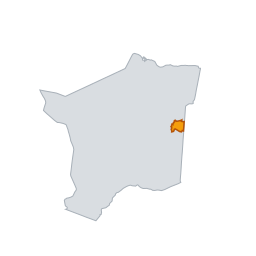 Kajiado Central, Rift Valley, Kenya (highlighted), rotated 245°
{"feature_id": "3690345B79073906522262", "entity_name": "Kajiado Central", "entity_type": "district", "adm_level": 2, "iso_a3": "KEN", "parent_name": "Kenya", "parent_adm1": "Rift Valley", "projection": "albers", "projection_center": [36.936, -2.176], "detail": "fine", "context": "in_parent", "style": "filled", "palette": "amber", "viewbox_px": 256, "rotation_deg": 245, "n_neighbors": 0, "source": "geoboundaries", "source_scale": "gbopen_adm2", "svg_char_len": 4463}
<svg xmlns="http://www.w3.org/2000/svg" viewBox="0 0 256 256"><g transform="rotate(245 128 128)"><path d="M56.4,152.9L56.3,149.8L56.8,142.1L56.7,135.3L57.1,131.9L58.7,129.7L59.5,128.1L60.1,125.9L61.0,124.1L63.0,122.7L63.3,121.9L65.4,119.4L66.7,116.3L67.6,115.3L68.8,114.3L69.7,113.8L71.1,113.2L72.2,112.9L72.4,112.7L72.5,112.2L72.1,110.3L72.6,109.6L73.3,108.3L74.1,107.1L74.9,106.4L75.3,105.6L75.5,104.2L75.6,103.2L75.6,101.7L75.3,98.1L74.4,95.1L73.8,91.8L74.2,90.7L73.5,88.7L73.2,88.6L72.6,88.2L71.9,86.3L71.3,84.6L71.0,84.2L68.5,82.7L67.3,79.3L66.0,78.5L65.3,75.1L65.1,74.1L65.9,70.6L65.8,69.8L65.0,69.1L62.7,68.4L60.9,67.0L61.1,66.5L61.3,66.0L60.3,65.6L57.5,59.7L61.1,56.2L64.7,52.6L69.4,48.1L73.7,43.9L77.4,40.3L80.7,37.1L80.6,37.7L80.6,38.5L81.0,39.0L81.7,39.4L82.7,39.0L83.5,38.5L84.3,38.4L89.3,39.7L90.1,40.9L90.0,42.2L90.3,43.1L89.9,44.0L89.5,46.7L89.6,49.2L91.1,51.1L92.4,52.6L93.5,54.6L94.3,55.3L95.3,55.6L98.8,55.7L103.8,55.8L108.7,55.9L109.1,56.0L110.2,56.3L114.6,59.1L118.7,61.6L122.2,63.8L125.6,66.0L128.8,68.1L131.4,69.8L133.9,70.4L137.9,70.6L140.7,70.7L143.3,71.4L147.2,72.1L150.1,72.5L151.8,72.9L156.7,73.3L157.5,73.1L159.6,71.1L162.0,68.0L162.9,66.3L166.0,64.6L171.5,62.2L175.3,60.5L179.6,58.8L181.5,60.3L184.1,62.7L185.3,63.9L186.3,64.4L187.7,64.7L189.5,64.7L190.5,64.7L192.4,64.4L197.0,64.1L199.7,64.2L197.4,67.3L194.8,71.0L189.9,77.9L186.1,81.6L183.3,84.3L183.1,84.8L183.1,87.9L183.1,95.4L183.1,110.4L183.1,125.4L183.1,140.5L183.1,148.0L183.1,150.6L185.5,153.8L187.9,156.9L191.1,161.0L192.7,163.2L193.0,163.9L192.9,165.4L190.3,168.4L188.2,169.8L185.3,170.5L184.4,170.3L183.3,169.9L182.9,170.6L182.5,171.8L181.9,171.5L181.4,171.2L181.7,173.2L182.0,174.2L181.5,175.6L180.1,176.8L180.0,177.8L177.0,180.4L172.7,180.7L170.4,182.0L169.4,183.1L168.7,185.4L168.9,189.0L167.7,191.7L167.5,193.1L165.3,194.9L164.3,196.5L163.6,198.2L162.9,198.9L162.2,202.7L161.1,205.0L160.9,205.7L160.6,206.4L159.8,207.7L159.3,208.6L158.9,209.2L156.3,215.1L154.3,217.7L152.7,217.4L151.6,218.4L151.5,218.9L150.9,218.6L149.6,217.6L146.9,215.7L144.1,213.7L141.4,211.7L138.6,209.7L135.9,207.7L133.2,205.7L130.4,203.8L127.7,201.8L126.1,200.6L125.4,199.9L124.8,198.6L124.5,198.2L123.8,197.8L123.0,197.7L122.7,197.4L122.7,196.8L123.0,195.8L124.0,194.0L124.1,193.0L123.9,191.7L123.6,189.8L123.3,189.4L121.5,188.3L117.7,186.2L113.9,184.1L110.1,182.0L106.3,179.8L102.5,177.7L98.7,175.6L94.9,173.4L91.0,171.3L87.2,169.2L83.4,167.1L79.6,164.9L75.8,162.8L72.0,160.7L68.1,158.6L64.3,156.5L60.5,154.3L59.1,153.5L57.8,152.9L56.4,152.9ZM183.3,173.6L182.6,173.8L183.0,172.7L184.9,171.4L185.7,171.7L185.9,172.0L185.8,172.3L185.5,172.6L183.3,173.6Z" fill="#d9dde1" stroke="#a8b0b8" stroke-width="1"/><path d="M108.7,166.6L107.8,166.5L107.5,166.5L106.8,166.4L106.6,166.3L106.5,166.2L106.3,166.2L106.0,166.0L105.9,166.4L105.7,167.5L105.8,168.1L106.6,168.9L106.7,169.1L107.0,169.2L107.1,169.3L107.2,169.5L107.3,169.6L107.2,169.8L107.1,170.0L107.1,170.5L106.9,170.6L106.5,170.9L106.4,171.0L106.2,171.1L105.3,171.8L103.2,173.1L103.1,173.3L102.9,173.4L102.9,173.5L102.7,173.7L102.7,173.8L102.5,174.0L102.4,174.2L102.2,174.3L102.0,174.6L101.9,174.7L101.9,174.8L102.0,175.1L102.8,176.1L101.9,177.0L106.1,179.4L106.5,179.6L107.4,180.1L110.1,181.6L110.3,180.7L110.5,180.6L110.7,180.4L110.9,180.1L111.0,180.1L111.0,179.9L111.2,179.7L111.3,179.6L111.3,179.4L111.5,179.3L111.5,179.2L111.8,179.1L112.0,179.4L112.2,179.6L112.4,179.8L112.6,180.0L112.6,179.9L112.6,179.7L112.6,179.3L112.7,178.6L112.7,178.4L112.8,178.1L112.8,177.9L113.1,176.4L113.3,175.7L113.5,175.3L113.6,175.1L113.6,174.9L113.8,174.8L113.8,174.7L114.0,174.6L114.3,174.4L114.5,174.3L114.6,174.2L114.8,174.1L115.0,174.0L115.1,173.9L115.1,174.0L114.9,174.0L114.7,173.9L114.5,173.7L114.4,173.4L114.4,173.2L114.2,173.0L114.1,172.9L114.1,172.7L113.9,172.5L113.9,172.4L113.7,172.2L113.8,172.0L113.8,171.9L113.9,171.7L113.7,171.5L113.5,171.4L113.4,171.4L113.2,171.3L113.2,171.2L113.1,170.9L113.1,170.7L112.9,170.6L112.7,170.5L112.7,170.4L112.7,170.2L112.6,169.9L112.4,169.9L112.5,169.8L112.4,169.8L112.4,169.7L112.5,169.7L112.4,169.7L112.4,169.4L112.4,169.2L112.4,168.9L112.2,168.8L112.1,168.7L111.9,168.6L112.0,168.6L111.9,168.6L111.7,168.5L111.6,168.4L111.4,168.4L111.5,168.4L111.4,168.3L111.4,168.2L111.2,168.1L110.9,168.1L110.7,168.1L110.4,168.0L110.4,167.9L110.2,167.8L110.2,167.7L110.3,167.6L110.2,167.6L109.9,167.6L109.7,167.6L109.4,167.5L109.2,167.4L108.8,166.9L108.7,166.6Z" fill="#f59e0b" stroke="#b45309" stroke-width="1.5"/></g></svg>